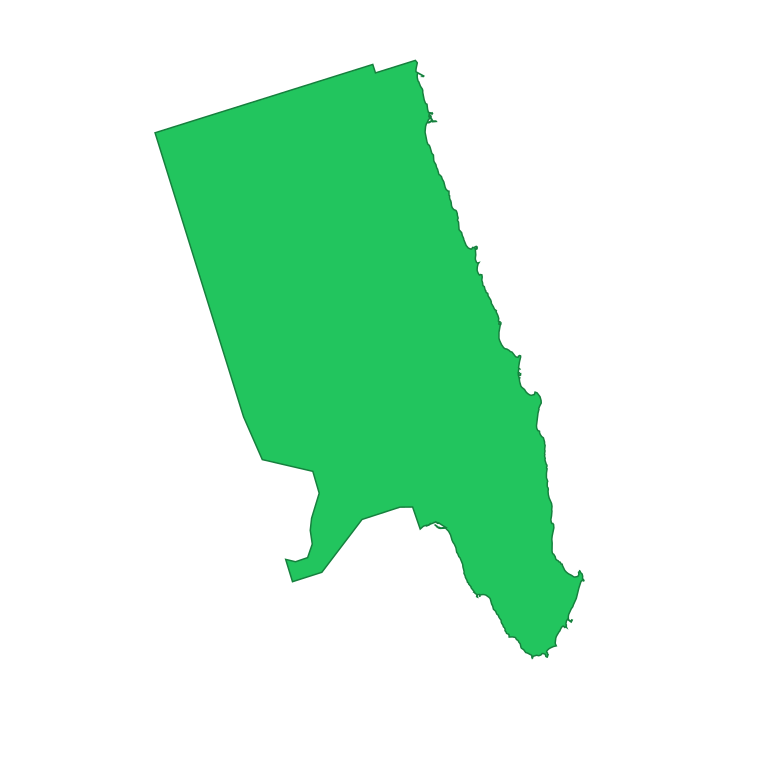 86, Ar Rayyān, Qatar, rotated 163°
{"feature_id": "91078587B46444112589307", "entity_name": "86", "entity_type": "district", "adm_level": 2, "iso_a3": "QAT", "parent_name": "Qatar", "parent_adm1": "Ar Rayyān", "projection": "equal_earth", "projection_center": [50.779, 25.397], "detail": "fine", "context": "isolated", "style": "filled", "palette": "green", "viewbox_px": 768, "rotation_deg": 163, "n_neighbors": 0, "source": "geoboundaries", "source_scale": "gbopen_adm2", "svg_char_len": 6124}
<svg xmlns="http://www.w3.org/2000/svg" viewBox="0 0 768 768"><g transform="rotate(163 384 384)"><path d="M529.3,221.7L498.5,222.1L444.6,260.9L404.8,261.6L392.6,258.0L391.8,234.7L388.3,236.3L386.9,236.6L385.4,236.3L384.9,236.6L384.3,236.3L384.4,236.0L383.5,236.1L383.7,235.9L382.1,236.0L380.9,236.4L380.8,236.9L380.4,237.0L380.2,236.5L376.8,236.7L376.5,237.0L375.7,236.7L375.0,237.1L373.8,236.1L373.8,235.4L372.9,235.3L373.2,235.0L371.9,234.6L371.2,233.9L366.9,228.8L371.8,229.7L373.4,231.0L374.2,231.2L374.9,232.4L375.2,232.3L375.2,232.8L375.5,232.8L376.0,234.1L376.3,234.1L374.1,230.5L372.6,229.5L367.3,228.2L365.3,224.3L364.5,220.2L364.6,214.8L364.3,212.5L363.6,210.3L363.1,206.4L363.7,201.8L363.1,200.1L362.9,197.1L362.1,195.4L361.5,188.5L362.0,185.9L362.2,181.3L362.9,179.5L362.5,176.8L362.7,175.3L362.0,171.5L362.2,170.2L361.4,169.0L361.5,167.9L360.0,164.6L360.3,163.8L358.4,158.8L358.8,158.6L358.3,158.3L358.1,157.1L356.6,155.5L357.6,153.6L356.8,152.8L356.5,154.8L356.1,155.2L354.1,154.8L354.6,152.3L354.1,154.0L351.9,154.0L350.2,153.5L348.4,152.5L345.9,149.2L345.2,147.7L345.4,142.1L345.0,139.7L345.2,136.6L343.7,134.1L343.4,131.0L342.4,129.6L342.2,127.1L341.1,123.9L341.5,122.0L341.4,120.8L340.8,118.8L340.8,116.9L340.0,115.5L339.9,113.9L340.4,112.7L339.8,111.1L339.7,109.7L337.8,108.0L338.3,105.4L335.1,104.6L332.8,103.4L332.3,102.7L332.2,101.5L331.8,100.6L330.8,99.6L330.5,97.6L329.7,95.8L330.0,92.1L329.9,91.3L328.1,89.0L327.0,85.8L325.4,84.7L322.2,81.5L322.0,80.9L322.5,79.7L322.4,78.4L321.8,78.7L321.5,79.8L320.7,80.0L317.4,80.0L315.4,78.9L313.2,79.0L311.5,80.0L310.6,79.7L308.8,78.4L308.9,76.3L308.4,75.5L307.7,75.1L306.2,77.2L306.6,77.6L306.3,78.9L306.9,80.1L306.4,80.9L305.6,81.6L303.9,82.5L301.9,83.0L298.6,83.4L295.8,83.2L296.1,85.5L295.9,86.5L293.9,91.0L292.5,92.7L289.1,95.8L288.2,96.3L286.4,98.4L285.0,99.6L283.5,100.2L281.9,97.8L282.1,99.0L281.6,99.1L280.6,97.8L280.7,98.5L280.0,100.4L280.3,101.2L278.8,104.1L277.3,105.3L274.6,101.6L273.0,103.2L273.8,104.0L273.5,103.2L274.5,102.3L276.3,104.4L276.4,105.4L275.7,107.8L274.8,109.6L270.6,114.3L268.6,115.8L267.5,117.4L262.8,122.7L257.3,131.9L253.7,137.1L252.2,138.4L251.0,138.5L250.7,138.1L250.9,137.4L250.4,137.4L250.2,137.8L251.0,140.0L250.2,142.1L250.1,144.4L251.1,146.2L251.2,147.7L251.5,148.0L251.6,147.6L253.0,147.1L253.3,144.9L254.9,143.3L258.1,143.6L259.0,144.2L260.6,146.2L263.1,148.6L264.5,150.6L265.6,152.9L266.4,158.1L266.3,159.6L267.2,160.0L267.6,162.1L268.6,162.7L269.2,164.1L270.5,165.4L270.9,166.5L270.8,168.9L271.5,171.6L272.1,172.2L272.4,173.3L272.1,175.3L269.7,182.7L268.9,186.5L267.6,189.5L263.6,196.8L262.9,200.1L263.4,201.4L264.2,201.5L264.5,202.4L264.1,205.5L262.4,208.8L260.5,213.5L260.5,214.4L259.1,217.9L258.7,220.8L259.4,226.7L259.2,230.1L258.5,233.4L257.6,235.4L257.5,236.7L257.8,237.5L257.8,238.5L256.7,242.0L255.9,243.1L256.1,246.8L254.7,251.3L252.8,255.3L253.1,256.1L252.8,257.1L252.2,257.7L251.9,258.8L252.3,259.9L252.3,264.3L251.6,265.7L251.5,268.3L250.8,269.4L250.8,270.5L249.6,272.9L249.5,274.4L247.9,278.1L247.9,280.0L247.4,281.6L247.3,285.9L248.6,287.7L249.2,289.6L249.5,291.7L249.1,293.4L250.5,294.5L250.9,297.0L250.4,299.5L245.2,311.2L243.2,314.5L243.3,315.2L241.3,317.7L239.2,319.8L238.6,322.3L238.5,326.2L240.2,330.8L241.9,332.1L243.3,330.0L246.6,330.1L248.0,331.1L249.5,333.0L250.6,335.2L251.2,337.6L253.2,340.6L253.7,342.0L253.6,346.5L253.1,349.3L252.8,350.2L251.7,350.0L253.1,350.5L253.0,352.1L252.7,352.8L251.4,352.4L250.8,352.6L250.3,354.0L250.8,354.2L250.9,352.9L251.4,352.8L251.3,353.2L251.8,352.9L252.9,353.3L252.4,355.4L250.9,354.9L252.0,355.6L252.0,356.3L250.7,359.2L249.8,358.8L249.9,359.2L250.5,359.5L250.6,360.2L247.9,365.7L245.4,369.9L245.2,371.0L246.0,371.6L247.3,371.3L248.0,370.3L249.0,370.7L250.2,371.7L252.2,377.0L253.8,378.2L254.4,379.4L256.3,381.5L257.9,382.3L259.0,383.8L260.1,387.3L260.7,391.8L260.7,394.1L258.9,399.9L255.6,406.4L255.0,406.7L254.3,408.1L254.6,408.2L255.5,406.8L256.7,407.8L255.6,409.8L255.2,409.3L254.9,409.5L256.2,410.6L255.1,413.1L255.1,416.5L255.7,420.4L255.1,421.2L255.7,422.2L256.1,422.3L256.6,423.9L256.8,425.8L257.8,430.0L257.4,430.9L257.4,433.1L258.7,438.0L258.3,439.8L258.4,440.5L259.4,441.5L259.6,443.0L259.4,443.6L259.8,444.4L259.6,447.8L260.6,449.2L260.1,452.1L260.1,454.7L258.8,457.6L258.5,459.8L259.8,460.5L260.7,460.2L261.2,460.9L261.7,463.5L261.7,465.6L260.6,468.5L259.1,471.1L257.7,472.3L259.1,472.3L260.0,473.3L260.2,476.3L259.8,477.8L258.5,480.6L257.3,485.9L255.6,486.0L255.0,487.0L255.3,487.4L255.9,486.4L257.3,486.4L257.6,488.0L255.7,488.4L255.2,487.9L255.0,488.2L255.6,488.7L258.3,488.2L259.3,488.7L260.7,487.5L261.3,487.5L263.6,489.3L264.9,492.4L265.5,498.8L265.3,500.0L265.7,503.1L265.5,506.1L267.1,509.6L265.4,517.0L265.9,519.2L264.6,521.0L264.5,524.0L264.1,525.6L264.2,528.1L264.6,529.1L266.1,530.2L266.8,531.6L267.2,532.8L267.3,534.7L266.6,538.5L266.8,538.9L266.6,539.8L267.0,541.3L266.7,543.6L266.2,544.7L266.6,545.6L265.5,549.4L266.4,549.8L267.7,551.9L268.0,554.2L267.7,559.8L268.4,563.1L268.4,565.5L269.5,567.6L270.1,568.1L270.2,568.7L270.0,573.9L270.3,574.7L270.4,576.5L270.2,578.6L271.1,582.1L271.0,583.4L269.8,588.5L270.8,590.6L270.7,596.9L270.9,599.0L271.9,600.3L272.1,602.9L271.1,612.8L269.0,618.0L267.3,620.6L266.6,621.2L264.5,620.7L262.2,621.2L262.0,621.5L262.3,621.8L264.8,621.2L265.6,622.2L264.3,623.7L262.3,624.8L261.3,623.3L261.0,620.6L257.3,619.8L257.5,620.3L260.4,621.2L261.1,624.5L261.1,625.7L261.4,626.0L261.7,625.0L262.0,625.0L262.5,625.4L262.9,626.6L262.0,628.6L261.2,626.2L260.8,626.3L261.7,628.9L261.0,629.7L259.5,628.9L259.2,628.0L258.5,628.5L258.7,629.3L259.3,629.2L262.1,630.8L262.0,633.8L261.1,639.0L262.0,639.8L262.3,640.7L262.5,644.0L261.7,651.5L261.1,653.5L261.1,654.8L262.1,658.2L262.4,662.8L262.9,664.0L262.6,667.4L262.0,669.5L261.3,670.9L260.6,671.4L256.7,667.3L256.6,666.9L257.1,666.8L256.3,666.5L255.9,666.9L262.0,673.1L262.1,673.6L261.2,676.0L258.3,681.3L258.3,681.7L259.4,684.3L301.2,684.0L301.3,692.9L529.5,691.2L527.9,393.6L522.5,347.3L477.6,321.3L477.9,298.5L492.5,276.8L497.3,265.6L499.4,251.9L507.8,240.3L520.6,239.9L529.3,245.0L529.3,221.7Z" fill="#22c55e" stroke="#15803d" stroke-width="1.5"/></g></svg>